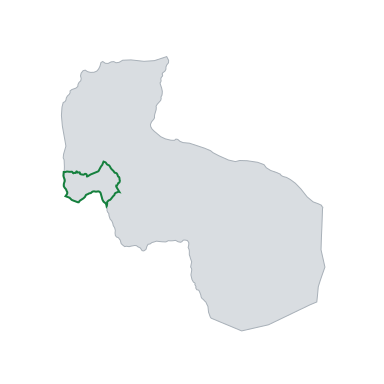 location of Canindeyú within Paraguay, rotated 168°
{"feature_id": "PRY-619", "entity_name": "Canindeyú", "entity_type": "Department", "adm_level": 1, "iso_a3": "PRY", "parent_name": "Paraguay", "parent_adm1": "", "projection": "natural_earth1", "projection_center": [-55.27, -24.157], "detail": "fine", "context": "in_parent", "style": "outline", "palette": "green", "viewbox_px": 384, "rotation_deg": 168, "n_neighbors": 0, "source": "natural_earth", "source_scale": "10m", "svg_char_len": 5715}
<svg xmlns="http://www.w3.org/2000/svg" viewBox="0 0 384 384"><g transform="rotate(168 192 192)"><path d="M200.2,76.8L200.9,79.4L201.3,81.4L202.3,82.8L203.3,84.6L204.3,85.7L204.9,87.4L204.8,89.4L205.2,92.0L205.7,94.2L206.2,94.8L207.6,95.4L208.3,97.4L207.8,98.4L208.0,99.6L208.5,100.7L208.0,101.8L208.3,102.7L209.3,103.5L210.2,106.3L210.3,111.1L209.3,113.6L208.5,115.7L208.3,117.0L208.9,118.9L208.0,121.1L206.8,123.8L207.1,125.7L207.3,127.4L207.4,129.3L207.7,131.0L207.3,132.9L206.9,134.6L206.8,136.4L207.3,138.5L206.4,140.5L205.9,141.9L205.7,143.3L206.6,145.5L208.9,146.5L210.6,146.7L212.3,145.5L213.6,145.2L215.9,146.2L218.1,148.1L220.9,148.3L223.3,148.7L225.2,149.3L227.9,148.6L230.8,149.3L234.1,150.3L236.9,151.3L239.6,151.0L241.7,150.9L243.8,149.9L245.9,150.0L247.5,148.1L248.3,146.5L249.1,145.3L251.4,144.4L253.0,145.0L254.2,148.0L256.5,149.8L257.4,151.0L259.1,151.6L262.7,151.7L264.9,151.6L267.5,152.6L269.2,152.6L270.6,154.2L272.0,156.2L272.2,159.8L273.5,162.6L275.2,163.7L276.0,165.4L275.8,167.9L275.0,170.3L275.1,173.0L276.0,175.5L276.0,177.9L276.5,180.4L277.7,182.5L278.1,185.9L277.9,188.4L278.7,189.8L279.0,191.7L278.5,193.4L278.3,195.6L278.4,197.6L279.0,199.2L280.8,201.3L281.3,205.1L281.3,207.7L282.0,210.7L283.5,212.1L285.9,212.6L288.6,213.0L291.9,212.3L294.8,211.5L296.5,210.7L299.7,208.5L302.6,207.2L304.0,206.4L305.4,205.8L308.3,207.2L310.9,208.9L312.9,211.4L316.8,214.1L316.0,214.7L314.5,217.0L314.5,219.5L315.6,223.3L314.6,231.1L311.6,243.1L310.4,250.1L310.9,252.1L309.8,255.6L305.8,263.1L305.6,268.2L305.1,283.4L303.8,294.1L301.5,302.1L299.4,306.3L297.5,306.8L296.2,308.1L295.4,310.1L293.9,311.8L291.7,313.1L290.5,314.6L290.3,316.2L288.2,317.2L284.1,317.7L281.8,318.9L281.1,321.0L279.7,322.7L277.7,323.9L276.8,326.0L276.9,328.8L275.7,331.3L273.3,333.3L271.1,333.4L269.1,331.4L266.4,330.1L263.0,329.5L260.1,330.0L257.9,331.6L255.9,334.1L254.1,337.6L252.2,338.2L250.0,335.9L247.3,335.2L244.0,336.1L241.4,335.8L239.4,334.2L236.4,334.0L232.4,335.3L224.2,333.9L211.8,329.8L201.4,328.3L188.6,329.7L187.5,325.6L188.1,323.3L190.2,321.6L191.5,319.7L192.0,317.5L193.4,315.8L195.8,314.7L196.7,313.6L196.4,312.4L196.9,311.4L198.2,310.5L199.0,309.1L199.1,307.2L199.6,306.2L200.5,305.5L200.6,304.2L200.1,300.1L200.1,296.7L200.8,294.1L201.5,292.5L202.1,292.1L202.6,291.2L202.8,289.6L203.6,288.1L207.7,285.1L209.3,283.4L209.4,281.9L210.0,279.9L212.4,275.5L213.1,273.5L213.2,272.5L214.0,271.4L217.0,269.0L218.6,266.7L218.8,264.6L218.1,262.1L216.4,259.4L211.1,252.6L207.0,249.5L201.8,247.0L198.4,246.2L196.7,247.1L195.0,246.4L193.3,244.1L190.5,242.2L184.4,240.3L170.7,232.3L165.2,228.5L163.3,226.1L158.2,221.9L149.7,215.7L143.2,212.7L138.8,212.9L131.5,211.1L121.6,207.4L115.9,203.8L114.3,200.3L110.6,196.7L104.8,193.2L101.7,190.9L101.5,189.8L99.8,188.3L96.5,186.6L93.0,183.5L89.1,179.1L84.9,172.4L80.4,163.3L75.6,157.2L70.6,154.0L68.0,152.0L68.0,150.9L67.2,149.9L67.9,148.2L69.6,141.3L72.1,131.3L74.8,120.9L77.8,108.7L77.7,100.0L77.6,90.9L82.2,83.4L85.4,78.0L88.2,73.0L90.9,64.3L92.8,58.5L100.1,57.1L112.5,54.1L118.6,52.6L131.7,49.4L144.9,46.2L158.8,46.0L172.3,45.8L182.7,53.0L190.7,58.5L199.5,64.6L200.1,65.9L200.8,71.0L200.2,76.8Z" fill="#d9dde1" stroke="#a8b0b8" stroke-width="1"/><path d="M278.5,195.8L278.5,197.2L278.6,198.4L279.2,199.3L280.5,200.9L281.2,203.1L281.6,209.9L281.9,210.8L282.6,211.6L283.5,212.1L285.3,212.2L286.3,212.4L287.3,212.9L288.4,213.1L289.4,213.0L290.5,212.4L291.2,212.0L293.1,212.0L294.0,211.7L294.5,211.5L295.5,211.4L296.0,211.3L296.5,211.0L297.2,210.1L297.5,209.6L299.4,208.4L303.3,206.9L303.8,206.6L304.6,205.8L305.0,205.5L305.8,205.7L310.8,208.9L311.4,209.4L313.0,211.9L315.8,213.7L316.6,214.2L316.0,214.8L315.0,215.6L314.3,216.6L314.0,217.7L314.1,218.3L314.5,219.4L314.6,220.7L314.8,221.1L315.5,222.2L315.8,223.0L316.2,224.1L316.1,225.1L315.8,226.2L315.5,227.0L314.3,228.9L314.0,230.0L314.0,231.1L314.4,233.5L314.4,234.7L313.3,238.3L313.2,238.3L312.6,238.0L312.2,237.9L311.4,237.9L310.7,238.0L310.0,238.0L309.3,237.8L308.5,237.5L307.6,237.2L305.3,236.8L305.1,236.7L304.9,236.4L304.7,236.1L304.4,235.2L304.1,235.0L303.9,235.1L303.4,235.2L303.2,235.2L302.8,235.1L302.4,234.9L302.2,234.9L301.8,234.9L301.6,235.1L301.3,235.5L301.1,235.7L301.0,235.9L300.8,236.0L300.7,236.1L300.4,236.0L300.2,235.7L300.2,235.4L300.2,235.2L300.1,234.9L299.9,234.8L299.5,234.8L298.4,234.7L298.1,234.7L297.9,234.6L297.7,234.4L297.7,234.2L297.7,233.8L297.8,233.6L297.8,233.4L297.7,233.0L297.4,232.7L296.8,232.3L294.6,231.5L294.3,231.5L293.9,231.6L293.2,231.9L292.8,232.0L292.4,231.9L292.0,231.7L291.6,231.3L291.4,230.8L291.4,230.5L291.5,229.1L290.9,229.0L287.6,230.2L279.9,231.6L279.3,231.8L278.9,232.1L275.7,235.9L274.2,237.1L273.8,237.7L272.9,239.1L272.2,240.1L270.6,239.1L270.3,238.8L270.1,238.4L269.9,237.9L269.6,237.1L269.1,236.4L268.6,236.0L267.7,235.4L267.4,234.9L267.0,234.1L266.6,232.6L266.0,231.2L264.4,228.8L263.8,227.3L263.7,227.1L263.5,226.9L263.3,226.8L262.7,226.6L262.4,226.4L262.2,226.2L261.9,226.0L261.7,225.7L261.6,225.3L261.4,224.9L261.3,224.4L261.2,223.2L261.1,222.8L261.0,222.5L260.8,222.3L260.2,221.7L260.1,221.2L260.1,220.6L260.3,218.9L260.2,218.1L260.4,217.6L260.5,217.4L261.0,216.5L261.2,216.4L261.3,216.3L261.4,216.2L262.2,216.1L262.3,216.0L262.4,215.9L262.8,215.3L263.5,214.6L263.9,214.1L264.3,213.6L264.6,213.4L264.8,213.4L264.9,213.5L265.0,213.2L264.8,212.4L263.0,207.1L263.4,207.3L263.8,207.6L264.0,207.6L264.3,207.6L264.5,207.5L264.7,207.4L265.0,207.3L266.0,207.2L266.8,207.0L267.5,206.7L267.8,206.5L268.0,206.2L268.4,205.4L268.7,205.1L270.0,204.3L273.0,201.8L273.7,201.4L274.1,201.2L274.9,201.2L275.2,201.1L275.4,201.0L276.7,200.2L277.0,199.9L277.2,199.5L277.4,198.2L278.0,196.6L278.2,196.1L278.5,195.8L278.5,195.8Z" fill="none" stroke="#15803d" stroke-width="2"/></g></svg>